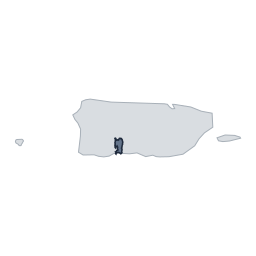 Peñuelas, Puerto Rico shown in context
{"feature_id": "32010507B14079989067624", "entity_name": "Peñuelas", "entity_type": "district", "adm_level": 2, "iso_a3": "PRI", "parent_name": "Puerto Rico", "parent_adm1": "", "projection": "natural_earth1", "projection_center": [-66.73, 18.055], "detail": "fine", "context": "in_parent", "style": "filled", "palette": "slate", "viewbox_px": 256, "rotation_deg": 0, "n_neighbors": 0, "source": "geoboundaries", "source_scale": "gbopen_adm2", "svg_char_len": 3173}
<svg xmlns="http://www.w3.org/2000/svg" viewBox="0 0 256 256"><path d="M169.5,106.9L172.1,108.8L174.7,108.6L172.6,104.4L174.5,104.4L190.8,107.0L201.3,111.2L212.1,113.2L212.8,127.2L204.5,132.8L199.1,138.7L194.7,145.8L183.0,154.2L169.0,156.7L159.6,156.9L156.2,156.6L152.8,155.2L145.7,156.6L137.0,152.9L129.5,153.8L114.7,153.0L109.1,156.1L103.8,156.9L98.6,156.3L94.1,154.8L83.1,155.0L78.5,152.2L80.4,136.3L80.6,129.1L77.9,123.1L74.9,119.4L72.8,114.9L77.1,112.0L80.6,107.8L81.8,101.4L85.6,99.8L90.2,99.1L111.2,102.1L164.4,103.8L167.4,104.3L169.5,106.9ZM229.5,141.0L222.8,141.6L218.5,140.8L217.0,137.8L225.1,135.0L234.6,135.4L240.0,137.1L240.6,138.2L229.5,141.0ZM20.9,145.6L20.1,145.7L19.3,145.6L18.9,145.3L18.4,144.4L15.9,142.9L15.4,141.5L15.9,140.0L16.9,139.5L21.8,139.3L22.3,139.4L23.3,140.4L23.4,141.2L22.9,141.9L22.0,143.6L21.6,144.0L21.3,144.5L21.2,145.3L20.9,145.6Z" fill="#d9dde1" stroke="#a8b0b8" stroke-width="1"/><path d="M121.3,138.5L121.0,138.5L120.8,138.4L120.6,138.7L120.4,138.6L120.0,138.6L120.0,138.8L119.9,138.6L119.7,138.3L119.4,138.4L119.4,138.6L119.1,138.9L119.0,139.0L118.9,139.2L118.7,139.4L118.6,139.6L118.7,139.9L118.6,140.0L118.1,140.3L117.7,140.0L117.5,139.8L117.1,139.9L117.1,140.0L116.9,140.0L116.6,140.2L116.3,139.8L116.1,139.5L116.0,139.1L115.8,138.8L115.8,138.6L115.6,138.6L115.5,138.3L115.2,138.1L114.9,138.4L115.0,138.6L115.0,138.8L115.3,139.3L115.4,139.6L115.4,139.9L115.6,140.1L115.6,140.4L115.5,140.5L115.3,140.8L115.2,140.9L115.3,141.4L115.2,141.7L115.2,141.8L115.1,142.2L114.9,142.8L114.9,143.0L115.1,143.2L115.2,143.3L115.2,143.5L115.2,143.8L115.2,144.1L115.0,144.5L115.0,144.8L115.1,145.0L115.2,145.3L115.0,145.5L114.9,145.7L115.0,145.9L115.0,146.0L115.2,146.4L115.2,146.5L115.0,147.0L115.2,147.6L115.3,147.7L115.3,147.4L115.5,147.2L115.5,146.9L115.8,146.4L115.9,146.2L116.0,146.0L116.2,146.3L116.2,146.5L116.3,146.6L116.4,146.8L116.7,147.0L116.9,147.1L117.1,147.0L117.4,147.1L117.5,146.8L117.6,147.1L117.7,147.3L117.6,147.5L117.6,147.9L117.4,148.1L117.3,148.3L117.3,148.5L117.7,149.1L117.8,149.3L117.9,149.5L118.0,149.9L117.9,150.2L117.6,150.3L117.4,150.2L116.7,150.5L116.5,150.9L116.5,151.1L116.4,151.4L116.4,151.5L116.2,151.7L115.6,151.8L115.8,152.1L116.0,152.5L116.0,153.0L115.6,153.2L115.5,153.6L115.8,153.9L116.0,154.1L116.2,153.4L116.5,152.9L116.9,152.6L117.2,152.6L117.3,152.6L117.6,152.6L117.8,152.6L118.1,152.4L118.5,152.4L118.9,152.5L119.1,152.6L119.4,152.7L119.7,152.9L120.2,153.3L120.8,153.8L121.0,153.5L121.4,153.3L121.5,153.1L121.5,152.9L121.8,152.8L122.0,152.5L121.9,152.3L121.8,152.2L121.7,152.2L121.8,152.2L121.8,151.9L121.7,151.6L121.7,151.4L121.7,151.2L121.8,150.9L121.9,150.6L121.8,150.3L122.0,150.0L122.0,149.9L121.9,149.5L121.8,148.8L121.7,148.6L121.8,148.6L121.7,148.4L121.7,148.0L121.7,147.6L121.8,147.4L122.0,147.0L122.1,146.9L121.9,146.3L122.0,146.1L122.1,145.7L122.2,145.2L122.3,144.9L122.5,144.6L122.6,144.3L122.5,144.1L122.5,143.9L122.6,143.5L122.5,143.4L122.6,143.2L122.7,142.7L122.8,142.5L122.6,142.1L122.6,141.8L122.7,141.6L122.6,141.4L122.6,141.1L122.4,140.8L122.2,140.3L122.1,140.0L122.2,139.7L121.8,139.3L121.8,139.1L121.5,139.0L121.3,138.5Z" fill="#64748b" stroke="#1e293b" stroke-width="1.5"/></svg>